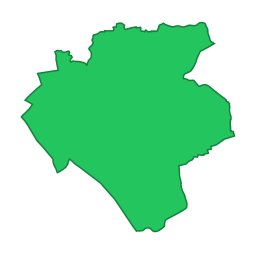 outline of Tha Chang, Sing Buri, Thailand, rotated 266°
{"feature_id": "78962969B22910342197122", "entity_name": "Tha Chang", "entity_type": "district", "adm_level": 2, "iso_a3": "THA", "parent_name": "Thailand", "parent_adm1": "Sing Buri", "projection": "albers", "projection_center": [100.401, 14.78], "detail": "fine", "context": "isolated", "style": "filled", "palette": "green", "viewbox_px": 256, "rotation_deg": 266, "n_neighbors": 0, "source": "geoboundaries", "source_scale": "gbopen_adm2", "svg_char_len": 5726}
<svg xmlns="http://www.w3.org/2000/svg" viewBox="0 0 256 256"><g transform="rotate(266 128 128)"><path d="M24.5,129.2L24.7,129.7L24.8,130.5L24.5,132.0L24.5,132.8L24.6,135.3L24.8,135.9L25.1,136.4L25.5,136.9L26.4,137.9L26.8,138.5L26.9,139.1L27.1,139.9L26.8,141.5L26.6,142.2L26.1,143.3L25.0,144.4L24.3,144.9L23.7,145.5L23.4,145.9L23.0,146.5L22.9,147.1L22.8,148.1L22.9,149.0L23.0,149.8L23.7,151.9L26.5,156.4L27.3,157.3L27.8,157.5L31.5,158.1L32.7,158.5L33.2,158.7L33.5,159.0L33.8,159.4L34.3,160.3L36.2,164.6L37.9,168.4L40.3,173.6L42.1,177.3L43.5,179.7L44.1,180.5L44.7,180.9L45.7,181.2L48.3,181.5L49.4,181.4L52.6,180.6L55.8,180.1L57.7,179.5L59.4,178.8L61.8,177.8L65.3,177.0L66.7,176.9L68.2,176.9L68.6,177.0L68.9,177.2L71.3,176.9L73.1,176.8L73.5,176.5L73.7,176.4L77.7,176.0L78.1,176.0L79.0,176.2L79.6,176.2L80.6,176.1L82.1,176.2L83.8,176.2L85.3,176.2L86.7,176.0L86.8,176.1L87.9,182.5L88.1,183.5L88.3,183.9L90.0,185.5L91.2,188.1L91.8,189.9L92.2,190.4L92.9,190.8L93.7,191.1L94.5,191.6L94.6,193.0L94.1,195.3L96.2,196.0L96.3,196.1L96.3,196.7L95.7,199.9L95.6,201.8L96.6,202.0L96.7,203.2L97.0,204.5L97.1,206.0L97.2,206.4L97.5,206.4L100.8,205.7L100.9,205.9L100.9,209.5L103.8,209.5L104.8,213.8L105.1,215.1L107.9,219.6L109.1,221.8L109.3,221.7L110.2,223.7L110.5,224.7L111.4,228.6L111.9,230.3L112.5,233.6L114.7,233.3L114.8,233.1L115.1,232.9L117.1,232.9L117.2,231.0L118.0,231.0L118.1,230.0L118.7,230.1L120.0,230.3L121.7,230.4L123.2,230.3L124.3,230.2L126.0,230.3L127.6,230.5L127.7,230.8L127.9,230.8L129.4,230.8L129.5,230.9L129.5,231.3L131.5,231.5L132.4,231.5L134.8,230.8L136.0,230.6L137.8,230.5L138.9,230.5L142.3,231.0L142.5,230.9L142.6,230.7L145.2,231.0L145.4,230.9L145.7,230.4L146.3,230.2L146.8,230.0L147.0,229.7L147.1,228.7L147.4,228.1L147.5,228.0L148.1,228.1L148.6,227.8L149.2,227.8L149.4,227.7L156.0,220.2L159.6,216.3L163.8,211.9L164.6,210.8L165.1,210.0L165.5,209.2L165.7,208.4L165.9,207.7L165.9,207.1L165.7,206.0L165.3,204.1L164.7,202.6L164.6,202.2L164.6,201.7L164.8,201.4L169.3,198.1L170.8,197.1L170.9,196.9L171.0,196.6L171.1,196.3L171.1,193.7L171.3,192.0L171.3,191.7L171.5,191.5L172.1,191.0L172.3,190.5L172.6,190.0L173.0,188.6L173.5,186.8L175.1,186.9L176.0,187.1L176.8,187.5L177.4,187.8L177.8,188.2L178.3,189.0L179.0,191.2L179.6,192.9L180.0,193.7L180.3,194.2L180.8,194.9L181.5,195.5L182.3,196.2L183.5,197.1L185.5,198.4L187.9,199.7L189.3,200.4L191.4,201.2L193.5,202.1L196.2,203.6L197.8,204.5L199.2,205.3L199.7,206.1L203.1,213.7L206.2,220.0L207.3,218.6L207.4,218.3L208.2,217.1L208.6,216.7L209.0,216.4L209.5,216.2L210.0,216.0L213.0,215.4L216.1,214.5L217.0,214.4L217.8,214.3L219.8,214.4L220.6,214.4L221.4,214.2L223.7,213.2L226.1,212.5L226.6,212.3L226.9,212.0L227.2,211.5L227.5,210.9L227.8,210.1L228.0,208.9L228.1,207.7L228.0,207.2L227.7,206.5L227.4,205.8L226.4,204.4L225.9,203.7L225.7,203.1L225.5,202.5L225.5,201.3L225.7,199.7L226.1,197.4L226.3,196.2L226.0,195.0L224.9,191.2L224.9,190.7L225.0,189.6L225.2,188.7L225.8,187.2L226.4,185.0L226.4,184.3L226.3,182.7L226.1,181.7L225.9,180.9L225.8,179.9L226.0,178.7L226.2,178.0L226.7,176.8L228.4,172.8L229.0,171.9L230.0,170.9L228.3,166.3L227.4,165.9L226.8,165.8L225.9,165.4L222.6,163.8L222.5,163.7L222.6,162.4L222.6,162.1L223.0,160.9L222.5,160.7L223.1,158.3L222.6,158.3L222.5,158.2L222.6,155.3L222.6,154.5L222.7,154.2L222.8,154.1L223.9,153.5L224.0,153.4L224.2,153.1L224.4,152.2L222.9,151.5L223.1,151.0L223.5,149.8L223.6,149.0L223.6,148.2L223.6,147.9L224.0,147.6L224.8,147.5L225.2,147.5L226.0,147.7L227.3,147.7L227.5,147.6L227.4,143.3L227.6,143.2L228.2,143.2L228.2,142.4L227.6,137.7L227.0,134.5L226.6,132.8L226.3,132.3L227.0,131.6L227.5,131.4L228.6,131.1L229.0,131.1L230.3,131.6L230.6,131.6L230.8,131.6L231.1,131.3L231.7,130.5L232.8,129.3L232.9,129.1L233.0,128.8L233.1,127.1L233.2,126.2L233.1,125.5L232.8,124.5L232.8,124.2L231.9,123.8L229.8,123.3L229.6,120.4L229.4,120.1L228.6,120.6L228.3,120.8L228.1,120.8L226.7,120.6L226.3,120.3L226.1,119.6L226.1,118.0L226.4,113.0L226.6,111.5L225.6,111.4L225.8,109.2L225.8,107.0L225.6,106.6L224.4,104.8L223.9,103.8L223.5,102.2L223.2,100.0L222.3,99.6L220.7,99.4L220.2,99.3L219.6,99.0L218.8,98.5L218.4,98.3L217.9,98.3L216.5,98.8L215.7,99.0L215.0,98.9L214.6,98.7L214.0,98.5L213.5,98.1L212.3,96.8L210.7,94.9L210.3,94.7L209.8,94.5L209.4,94.5L209.2,94.6L207.9,95.6L207.3,95.9L206.4,96.3L205.8,96.5L205.1,96.6L204.3,96.6L202.3,96.4L201.6,96.3L200.1,95.7L199.8,95.4L199.1,94.3L198.5,93.8L197.7,93.2L194.9,91.7L194.5,91.7L193.7,91.6L193.6,91.4L193.8,91.1L195.3,89.9L195.7,89.5L196.5,87.6L197.5,84.6L197.7,83.6L198.0,80.8L198.4,78.9L198.6,77.6L198.6,77.3L198.5,76.9L197.9,76.2L197.7,75.9L197.7,75.6L197.8,75.5L198.1,75.3L198.8,75.1L199.5,75.0L200.7,75.8L201.6,76.2L202.1,77.0L202.3,77.2L202.5,77.2L203.6,76.8L204.1,76.4L204.3,76.0L204.4,75.6L204.7,74.3L204.9,74.0L205.4,74.0L205.8,74.1L206.8,74.9L207.1,75.0L207.6,74.9L208.4,74.6L208.7,74.4L208.8,74.3L208.9,74.0L208.8,73.5L208.0,71.2L208.1,68.7L208.3,68.2L208.5,67.8L209.7,66.7L209.8,66.6L209.8,66.3L209.8,65.6L209.8,64.9L209.8,64.3L209.8,64.0L210.3,63.0L210.3,62.7L210.1,62.3L209.3,61.0L209.2,60.8L209.2,60.5L208.3,60.6L206.0,61.3L205.2,61.4L204.1,61.3L202.0,61.1L201.0,61.0L200.2,61.2L194.5,61.8L192.1,62.2L190.4,62.3L189.9,55.7L189.7,53.6L189.4,49.5L188.7,41.6L185.1,42.9L177.2,44.9L172.5,38.4L168.8,33.9L165.8,30.3L164.5,28.9L162.9,27.3L161.0,30.3L160.1,31.7L158.2,34.3L154.6,31.4L153.2,30.0L151.8,28.3L150.6,27.1L149.3,25.4L147.7,23.5L146.4,22.4L142.3,25.6L137.5,28.4L121.9,36.2L114.6,42.0L102.4,50.9L100.6,51.0L98.7,51.0L96.5,51.5L95.7,51.8L92.2,53.3L88.4,54.4L89.2,56.5L90.8,59.5L92.5,62.2L93.3,63.2L94.7,64.3L95.8,65.1L96.7,65.6L98.7,66.2L101.1,67.3L99.4,69.4L97.6,71.1L96.7,71.8L96.5,72.3L95.8,72.8L90.8,78.8L74.9,96.8L57.6,110.0L29.5,126.1L24.5,129.2Z" fill="#22c55e" stroke="#15803d" stroke-width="1.5"/></g></svg>